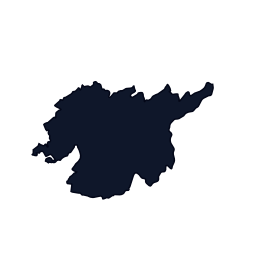 the border of Naryn, rotated 327°
{"feature_id": "KGZ-1118", "entity_name": "Naryn", "entity_type": "Region", "adm_level": 1, "iso_a3": "KGZ", "parent_name": "Kyrgyzstan", "parent_adm1": "", "projection": "albers", "projection_center": [75.468, 41.376], "detail": "fine", "context": "isolated", "style": "filled", "palette": "ink", "viewbox_px": 256, "rotation_deg": 327, "n_neighbors": 0, "source": "natural_earth", "source_scale": "10m", "svg_char_len": 5761}
<svg xmlns="http://www.w3.org/2000/svg" viewBox="0 0 256 256"><g transform="rotate(327 128 128)"><path d="M222.8,137.5L221.7,139.8L221.2,140.7L220.6,141.4L216.4,145.2L215.7,145.5L214.8,145.5L213.1,144.7L207.6,144.1L206.1,144.2L204.7,144.7L199.2,147.8L198.5,148.1L197.7,148.2L195.6,148.1L192.3,149.1L191.1,149.1L187.4,147.5L185.1,147.1L183.7,147.2L181.3,148.0L176.0,147.8L174.7,147.4L172.4,146.2L171.3,146.0L166.7,147.1L165.1,147.9L164.0,149.0L163.4,149.9L161.9,151.1L161.2,151.8L160.8,152.9L160.9,153.9L161.3,155.0L161.4,156.1L161.1,157.3L160.4,158.0L158.7,159.0L157.4,160.2L156.3,161.9L155.6,164.0L155.4,169.7L155.2,170.6L154.7,171.4L152.5,173.2L151.5,174.9L150.1,178.9L149.2,180.5L148.0,181.7L144.3,184.1L143.0,185.5L142.3,185.8L141.7,185.1L140.9,181.6L140.5,180.7L139.3,180.3L138.0,181.7L136.8,183.5L135.3,184.4L134.5,184.3L132.9,183.4L132.1,183.1L131.1,183.2L127.3,185.1L126.7,185.9L126.2,186.8L125.5,187.8L124.7,188.4L123.8,188.6L122.8,188.5L120.1,187.8L119.1,187.8L118.2,187.9L116.2,188.7L115.3,188.8L114.5,188.0L114.2,187.1L113.5,184.6L113.4,183.5L113.7,182.5L114.7,180.9L114.6,179.9L114.2,179.3L113.0,178.2L112.5,177.5L112.2,176.4L112.0,173.3L111.2,170.9L110.0,169.7L108.5,169.7L106.7,170.7L97.4,178.3L95.9,178.8L95.5,179.8L95.2,180.2L94.4,180.4L92.8,179.5L92.0,179.2L91.0,179.3L88.9,180.3L87.8,180.4L86.2,180.1L84.7,179.4L81.0,176.8L80.0,176.3L79.1,176.4L79.0,176.6L77.9,176.1L74.6,176.2L73.8,176.1L73.3,175.9L72.4,174.8L69.3,174.2L68.6,173.9L68.3,173.6L68.8,172.3L68.8,171.4L68.4,170.6L67.9,170.0L67.4,169.8L61.6,167.5L60.7,167.0L59.0,165.5L58.3,164.6L57.3,163.0L54.4,160.0L53.2,159.2L53.0,158.9L52.8,157.5L52.4,156.5L51.0,155.5L46.4,151.3L45.7,150.2L49.5,145.7L50.1,144.8L50.2,144.3L47.0,141.6L46.9,141.2L47.3,140.0L47.6,139.7L47.9,139.5L49.0,139.6L49.4,139.4L50.2,138.6L51.5,138.2L52.8,137.4L55.0,137.4L58.4,136.6L60.2,137.2L61.0,136.9L60.5,136.2L59.2,134.1L58.7,132.7L58.7,132.3L58.9,132.0L59.3,131.8L62.7,130.6L64.5,129.7L68.4,129.0L71.6,127.5L73.4,125.2L73.6,124.7L74.2,123.1L75.1,119.8L75.4,116.8L76.1,115.2L76.1,114.6L74.5,113.5L73.7,113.4L73.1,113.7L72.8,114.4L72.3,114.8L67.0,117.0L66.4,117.1L65.2,116.7L64.3,116.8L63.9,116.9L63.0,117.7L62.1,118.1L61.6,118.2L60.6,117.7L58.3,117.3L56.2,117.4L55.2,117.6L53.9,118.1L53.6,118.1L52.2,116.9L51.7,116.7L50.7,116.5L50.0,116.6L48.7,117.0L47.7,116.9L46.8,116.4L45.7,115.4L44.9,115.2L43.9,114.1L43.0,113.7L42.3,113.8L41.5,111.8L41.1,111.1L40.9,111.1L40.8,110.8L42.1,109.6L42.6,109.4L44.6,109.6L45.4,109.9L46.2,110.3L46.7,111.1L46.9,111.6L47.0,112.5L46.8,113.6L47.1,114.1L47.6,114.5L49.0,115.0L49.5,115.0L49.8,114.8L49.4,109.9L49.2,108.8L48.8,108.0L47.2,107.5L45.4,107.4L43.9,107.1L43.7,106.8L44.0,102.6L43.9,101.8L43.6,101.0L43.2,100.7L41.6,100.0L40.1,100.7L39.0,99.9L37.6,99.2L37.6,99.9L37.4,100.6L36.8,101.2L36.4,101.3L36.1,101.2L35.1,100.5L34.2,99.4L33.3,98.6L33.2,98.3L33.2,98.1L33.5,98.0L34.4,97.9L34.9,97.6L35.3,96.8L36.3,95.4L36.6,94.7L41.6,94.3L42.2,94.3L43.1,94.0L44.8,92.7L45.2,93.4L45.5,94.4L46.3,95.3L46.8,96.2L47.2,96.7L47.9,97.0L48.3,97.0L49.6,96.6L50.0,96.7L50.2,97.3L49.9,98.9L49.9,99.6L50.2,100.0L50.6,100.2L50.8,100.0L51.0,99.6L51.4,97.8L51.9,97.1L53.4,96.2L53.8,96.3L54.8,97.0L55.6,96.8L56.1,96.4L56.4,96.0L56.5,95.6L56.5,94.7L56.6,93.9L58.0,92.2L58.2,91.8L58.3,91.3L58.1,90.0L58.3,89.2L58.7,88.5L59.2,87.8L60.2,87.1L60.2,86.9L59.9,86.3L59.5,86.1L58.4,85.8L58.4,85.2L58.3,84.5L59.3,79.3L59.9,79.1L60.9,79.1L62.5,79.4L63.7,79.9L71.0,78.8L72.0,78.9L72.3,79.1L72.6,79.9L73.1,79.9L75.7,76.3L76.5,75.9L79.7,75.6L81.3,76.1L81.6,76.0L81.8,75.9L81.8,75.2L81.5,74.5L79.6,71.4L78.8,69.4L79.2,69.1L85.2,68.2L85.8,68.0L86.3,67.5L87.1,67.7L88.2,69.1L89.6,68.6L90.3,68.0L90.9,67.8L92.6,68.4L98.9,68.6L100.5,68.2L101.0,67.8L101.6,67.6L103.7,68.5L104.2,68.5L107.3,67.8L108.2,67.4L108.6,67.8L108.7,68.4L108.6,70.0L108.9,70.1L109.5,69.9L111.7,68.4L112.4,67.5L113.1,67.2L113.2,67.7L113.9,69.7L114.1,69.9L115.4,70.1L117.2,71.0L117.7,71.5L118.4,72.8L118.7,73.2L122.1,73.0L122.6,72.8L123.2,72.4L124.0,71.1L124.6,71.1L125.7,71.3L126.3,71.9L126.5,72.5L126.7,74.2L126.9,74.4L127.6,75.0L128.1,75.5L128.5,76.6L128.5,77.3L127.7,79.6L127.5,81.0L127.5,81.6L127.7,81.8L128.7,82.1L128.9,82.3L129.0,82.8L128.9,83.5L129.0,83.9L129.3,84.2L131.2,85.4L131.9,86.5L132.0,86.9L132.0,87.7L131.8,88.4L131.5,88.9L130.3,90.1L129.4,90.7L129.0,91.1L128.8,91.7L129.0,92.0L129.2,92.3L129.8,92.5L130.6,92.4L133.8,91.5L135.0,91.0L136.0,91.4L137.0,92.2L138.1,92.7L140.0,92.2L141.9,92.7L142.9,93.3L144.1,93.8L147.5,93.9L148.2,94.1L151.6,95.9L152.9,96.4L153.9,96.5L155.2,95.9L155.6,95.9L155.8,96.1L155.0,98.0L154.6,99.4L154.5,100.6L154.3,100.9L154.0,101.1L152.7,101.3L150.0,101.1L148.7,101.3L147.8,102.0L147.2,103.2L147.9,104.0L148.1,104.6L148.3,104.8L153.9,105.0L154.7,104.8L155.7,104.3L156.8,104.7L157.9,105.2L159.0,106.0L159.2,106.5L159.0,107.9L158.1,109.6L157.9,110.3L157.7,111.6L157.5,112.3L156.3,114.4L156.2,114.7L156.3,114.9L156.6,115.0L158.1,114.5L158.4,114.5L159.2,115.0L159.6,115.7L159.9,115.9L162.3,116.2L163.3,116.1L164.1,115.8L165.4,115.2L166.5,115.0L169.4,115.3L171.8,115.8L179.4,115.5L180.4,115.1L181.5,114.3L183.7,113.6L184.4,113.1L184.8,113.1L185.1,114.1L184.9,116.5L184.7,117.9L184.0,119.8L183.3,120.3L182.5,120.0L182.4,120.1L182.4,120.3L183.1,122.0L183.4,123.7L183.9,124.3L186.1,125.3L187.5,126.1L188.1,126.6L188.2,126.8L188.0,127.3L187.3,128.6L187.2,129.6L186.6,131.7L185.5,133.0L185.5,133.3L185.7,133.5L187.1,133.3L193.9,131.1L195.4,130.4L197.2,130.3L197.9,130.4L198.3,130.8L198.4,131.1L198.4,131.7L197.8,133.0L197.7,133.7L197.7,134.3L197.8,134.8L198.0,135.0L198.4,135.2L198.9,135.3L202.9,135.2L208.4,136.5L211.5,136.4L213.5,136.1L214.5,135.8L216.4,134.7L217.9,133.5L218.7,133.2L219.5,133.4L220.2,133.8L220.4,134.2L221.4,136.4L221.9,137.0L222.8,137.5Z" fill="#0f172a" stroke="#020617" stroke-width="1.5"/></g></svg>